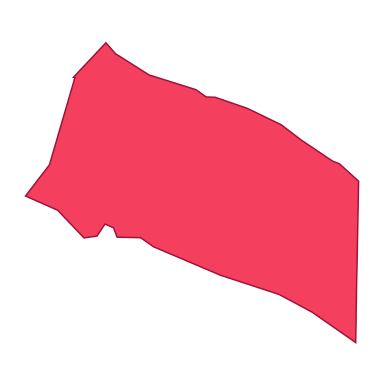 Fulton, Pennsylvania, United States of America (Equal Earth projection), rotated 271°
{"feature_id": "52423323B39078758383131", "entity_name": "Fulton", "entity_type": "district", "adm_level": 2, "iso_a3": "USA", "parent_name": "United States of America", "parent_adm1": "Pennsylvania", "projection": "equal_earth", "projection_center": [-78.158, 39.944], "detail": "fine", "context": "isolated", "style": "filled", "palette": "rose", "viewbox_px": 384, "rotation_deg": 271, "n_neighbors": 0, "source": "geoboundaries", "source_scale": "gbopen_adm2", "svg_char_len": 634}
<svg xmlns="http://www.w3.org/2000/svg" viewBox="0 0 384 384"><g transform="rotate(271 192 192)"><path d="M65.9,358.3L66.1,358.3L67.2,358.3L67.8,358.3L69.2,358.3L72.8,358.2L108.2,358.2L123.0,358.3L124.6,358.3L145.2,358.3L146.1,358.3L205.7,358.4L222.7,339.0L225.4,331.9L246.0,300.1L260.8,280.0L276.5,246.0L287.1,213.6L287.3,204.5L294.3,194.3L308.3,147.0L328.9,113.1L339.7,103.3L304.7,71.5L304.5,73.0L216.7,49.0L185.1,25.6L171.4,58.0L144.2,84.8L146.3,97.8L158.4,105.5L154.8,114.2L145.5,117.9L145.4,141.4L136.5,154.6L109.2,222.1L91.1,280.8L74.0,314.1L44.3,358.3L65.9,358.3Z" fill="#f43f5e" stroke="#9f1239" stroke-width="1.5"/></g></svg>